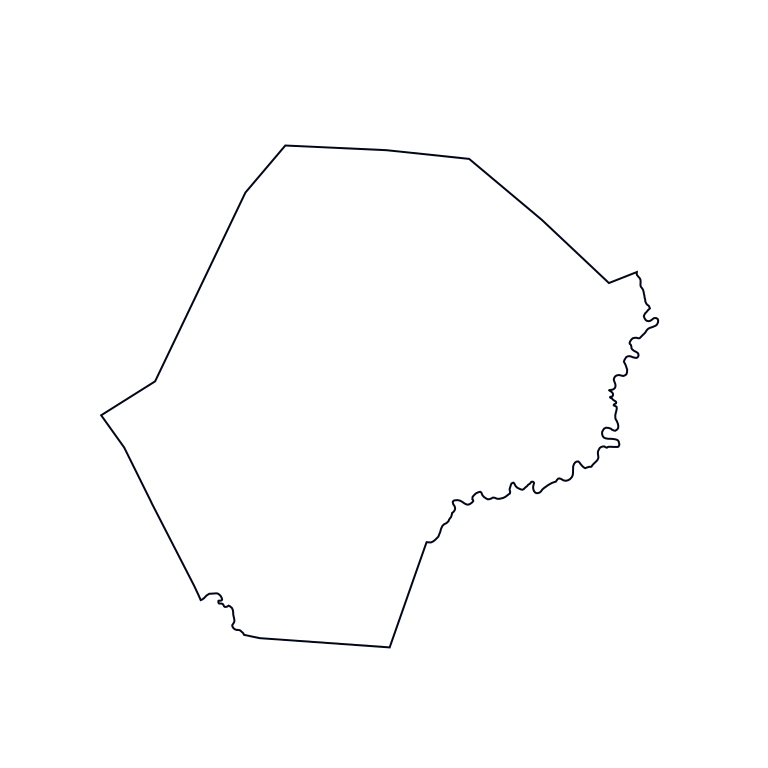 outline of Shaamar, Selenge, Mongolia, rotated 255°
{"feature_id": "93677404B82499437232686", "entity_name": "Shaamar", "entity_type": "district", "adm_level": 2, "iso_a3": "MNG", "parent_name": "Mongolia", "parent_adm1": "Selenge", "projection": "orthographic", "projection_center": [106.157, 50.033], "detail": "fine", "context": "isolated", "style": "outline", "palette": "ink", "viewbox_px": 768, "rotation_deg": 255, "n_neighbors": 0, "source": "geoboundaries", "source_scale": "gbopen_adm2", "svg_char_len": 4930}
<svg xmlns="http://www.w3.org/2000/svg" viewBox="0 0 768 768"><g transform="rotate(255 384 384)"><path d="M427.0,102.7L389.9,116.6L329.7,128.7L329.3,128.7L238.6,148.3L228.1,150.2L222.7,151.0L222.9,152.6L223.7,154.7L225.6,157.8L226.6,160.9L226.2,162.8L225.8,164.7L225.2,167.9L224.5,169.3L223.2,170.4L221.4,171.4L219.3,171.9L217.9,171.9L217.2,171.4L217.0,170.6L217.1,169.6L217.5,168.5L217.4,168.0L216.5,167.6L215.5,167.5L214.7,167.8L214.4,168.6L214.1,169.9L213.4,171.2L212.1,171.7L210.6,172.0L209.8,172.7L209.6,173.8L209.6,175.1L210.1,176.6L209.1,177.7L207.1,179.1L204.8,179.5L202.4,179.2L200.2,178.7L198.3,178.6L195.7,178.5L193.6,178.1L192.5,177.4L190.4,175.1L189.6,174.8L188.4,175.0L187.1,175.4L185.6,176.5L184.6,178.0L184.2,179.5L183.4,181.1L182.0,182.1L179.8,183.5L177.9,183.9L170.7,198.1L128.1,321.3L196.4,367.9L220.2,384.2L219.9,385.0L219.5,386.1L218.8,388.5L219.2,390.6L220.0,392.7L221.5,395.3L222.4,396.9L226.0,399.6L227.0,400.3L228.7,401.2L230.2,402.3L231.9,403.8L232.9,405.6L233.5,408.4L234.7,410.7L236.2,411.8L237.6,413.5L238.2,414.4L241.1,416.2L241.7,416.3L242.0,417.0L242.7,418.4L243.9,419.7L245.4,420.5L246.9,420.6L248.4,420.4L249.6,419.8L250.8,419.8L252.1,419.8L252.7,420.2L253.3,421.2L253.3,422.4L252.8,425.0L251.6,427.3L249.9,429.1L247.6,431.0L246.0,433.0L245.7,434.3L245.8,435.9L246.7,438.3L247.8,439.9L248.9,440.0L249.8,439.5L252.1,440.4L253.2,442.0L254.7,444.8L254.8,446.0L255.1,448.0L254.9,449.2L253.9,449.9L252.6,450.1L251.1,450.3L249.3,451.1L247.0,453.0L245.8,454.4L245.5,455.7L245.6,457.9L246.1,459.9L245.5,461.4L243.9,463.5L243.2,465.9L243.1,469.5L243.5,471.7L244.4,474.1L245.3,476.2L245.7,477.3L247.3,478.0L248.5,477.9L249.9,478.1L251.4,479.0L253.3,480.2L254.8,481.3L255.2,482.4L255.2,483.5L254.5,484.0L253.1,484.3L251.1,484.8L249.1,486.1L247.0,488.6L246.1,490.1L246.2,491.6L247.6,494.0L248.3,495.7L249.5,497.4L249.7,498.5L250.1,499.4L251.3,500.9L251.3,501.8L251.0,502.6L250.2,503.2L249.4,503.3L248.5,502.7L246.9,501.8L245.2,501.2L243.4,501.0L241.7,501.2L240.3,501.8L239.2,502.8L238.8,504.2L238.8,506.1L239.6,507.8L241.1,509.6L242.2,511.9L243.8,516.2L244.5,518.6L245.0,520.9L245.2,523.4L245.2,524.7L246.6,526.3L247.4,527.6L247.5,528.8L246.6,530.3L244.4,532.5L243.4,534.8L243.4,536.9L243.9,538.9L245.2,541.1L247.1,542.7L249.0,543.5L252.8,544.6L255.5,545.4L257.6,546.9L258.7,548.3L259.2,549.8L258.9,551.6L257.6,552.5L255.7,553.2L253.0,554.5L251.3,555.8L250.6,556.6L250.9,559.5L250.9,560.9L250.4,562.5L250.7,563.3L251.6,564.2L252.9,566.3L254.0,568.4L255.4,570.6L257.3,572.0L259.6,572.4L260.8,572.5L262.7,572.9L264.0,573.6L265.2,574.7L266.3,575.8L266.9,577.2L267.0,578.4L266.9,579.8L266.6,580.8L265.8,581.4L265.0,582.4L264.8,582.9L265.2,583.9L265.1,585.3L264.4,587.6L263.8,589.5L263.2,591.8L262.8,593.0L262.8,594.3L264.6,595.7L267.7,595.8L268.8,595.4L269.6,594.8L270.5,593.5L271.5,591.3L272.2,589.4L273.1,586.3L274.2,583.9L275.4,582.5L277.0,581.8L279.0,581.7L281.1,582.2L282.6,583.5L284.0,585.2L284.3,587.3L283.4,589.6L282.0,591.7L280.7,592.5L279.6,594.0L279.0,595.2L279.4,596.7L280.1,598.0L281.1,598.9L283.0,599.5L285.3,599.6L287.9,599.3L290.1,598.6L291.9,598.8L294.2,599.4L297.2,601.0L298.7,601.9L300.5,602.6L301.8,602.7L302.5,602.1L303.1,601.4L303.6,600.6L304.0,600.4L304.5,600.6L304.7,600.9L305.0,601.6L305.2,602.6L305.3,603.1L306.0,603.5L306.7,603.5L307.3,603.2L308.0,602.5L308.9,601.6L310.0,600.9L310.8,600.6L311.5,599.8L311.9,599.3L312.6,598.9L312.9,599.1L313.0,599.6L313.0,600.2L312.9,601.2L313.4,601.9L314.4,602.5L315.4,602.6L316.2,602.4L317.4,601.8L318.2,601.2L319.0,600.3L319.6,599.9L319.8,600.1L319.7,600.6L319.6,601.5L319.4,602.6L319.6,604.5L320.4,606.0L321.8,607.0L323.8,607.4L326.2,607.2L328.4,607.0L329.9,607.6L331.4,609.1L332.0,610.7L332.0,612.2L331.8,613.4L331.2,614.6L330.5,615.8L329.8,617.3L330.0,619.0L330.6,620.6L332.3,621.7L334.8,622.6L339.8,622.3L343.4,621.5L344.9,622.4L347.2,624.8L347.5,625.8L347.6,626.9L347.4,628.2L346.6,629.8L345.4,631.3L344.5,633.0L343.9,634.5L344.0,635.6L344.7,636.6L345.9,637.3L347.7,637.4L348.7,636.8L349.9,635.7L351.2,634.2L353.0,632.8L354.3,632.3L356.0,632.6L357.8,632.6L358.4,632.3L359.2,631.8L360.2,631.9L361.6,632.9L363.0,634.6L363.8,636.2L363.7,638.2L363.4,639.7L362.6,641.0L362.1,642.2L362.3,643.3L363.1,644.5L364.2,646.4L365.3,648.5L366.5,650.2L367.9,651.6L368.9,653.3L369.4,655.2L369.5,657.8L370.0,661.5L370.9,663.2L372.6,664.6L374.5,665.3L375.8,665.2L377.1,664.2L377.5,663.2L377.7,661.8L377.2,660.3L376.5,658.8L376.1,657.2L376.1,656.1L376.8,654.5L378.1,653.3L380.0,652.7L382.3,652.5L384.5,654.3L385.6,656.2L386.9,658.0L387.5,659.1L388.2,660.4L390.8,660.1L392.7,658.6L394.1,658.1L396.1,657.8L397.7,658.1L400.0,658.1L402.0,658.4L403.5,658.4L405.6,658.6L407.7,658.6L409.3,658.2L411.2,657.4L412.3,657.2L413.8,657.5L416.3,658.3L418.2,658.7L420.0,658.4L421.9,657.4L423.8,656.6L425.0,656.6L426.7,657.2L423.3,627.4L501.6,579.0L579.4,524.5L609.2,446.9L639.9,350.4L604.8,299.7L445.8,163.6L427.0,102.7Z" fill="none" stroke="#020617" stroke-width="2"/></g></svg>